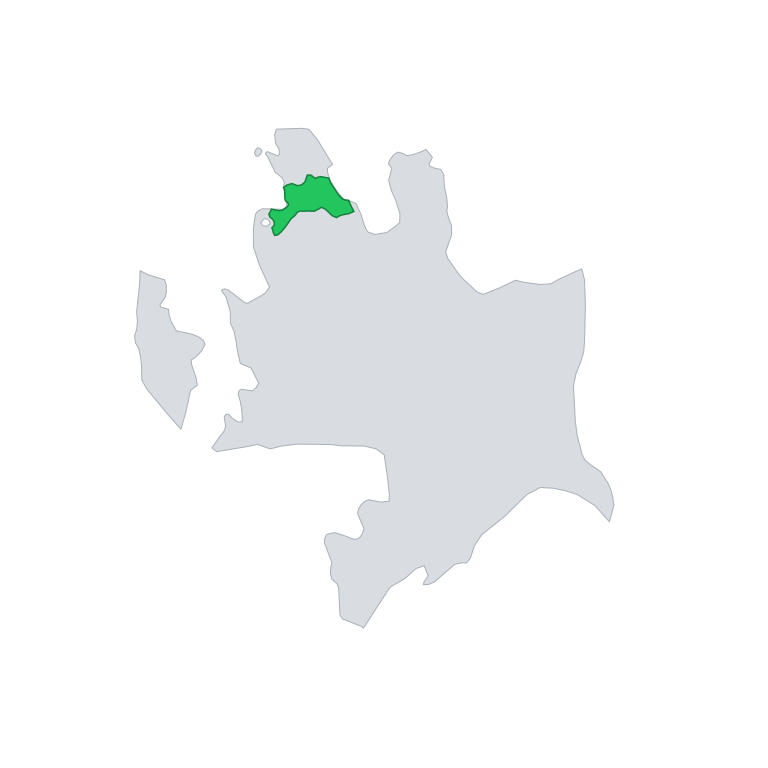 where Tovuz sits in Azerbaijan, rotated 37°
{"feature_id": "AZE-1687", "entity_name": "Tovuz", "entity_type": "District", "adm_level": 1, "iso_a3": "AZE", "parent_name": "Azerbaijan", "parent_adm1": "", "projection": "orthographic", "projection_center": [45.732, 40.914], "detail": "fine", "context": "in_parent", "style": "filled", "palette": "green", "viewbox_px": 768, "rotation_deg": 37, "n_neighbors": 0, "source": "natural_earth", "source_scale": "10m", "svg_char_len": 4243}
<svg xmlns="http://www.w3.org/2000/svg" viewBox="0 0 768 768"><g transform="rotate(37 384 384)"><path d="M514.5,591.3L511.8,591.2L492.2,596.6L488.1,595.2L470.6,574.3L467.0,572.0L459.7,571.2L455.4,567.8L451.7,562.1L449.7,557.9L432.0,546.7L429.3,542.5L428.8,538.8L431.3,535.3L434.2,532.4L442.6,529.3L452.4,526.5L455.5,524.6L457.0,521.4L456.8,516.5L455.0,511.6L440.6,503.1L439.0,499.3L438.4,494.6L439.1,489.7L441.2,485.8L452.5,480.2L458.6,474.6L454.5,468.7L441.8,455.2L426.7,440.4L416.9,440.5L405.7,445.3L387.8,458.6L377.9,464.4L365.0,473.8L350.9,484.2L339.4,495.3L332.2,504.3L319.3,508.4L312.7,516.0L291.1,538.7L285.0,538.5L284.5,527.3L284.7,518.5L283.3,513.4L276.2,506.5L276.1,503.5L278.0,501.6L283.4,502.7L290.3,502.2L293.6,499.4L286.1,490.3L279.5,484.2L273.8,480.1L272.6,477.6L272.5,475.8L273.7,473.7L283.2,468.6L284.1,463.9L283.4,458.7L268.2,451.2L256.9,454.1L246.7,445.5L240.2,438.9L232.0,431.8L224.7,427.9L217.8,418.9L205.7,409.7L198.0,407.1L198.1,405.7L199.5,404.0L202.7,402.6L224.2,402.9L226.8,401.2L228.2,397.3L231.1,391.4L234.5,382.8L234.2,375.5L212.7,363.8L197.1,353.0L186.4,338.8L179.1,325.7L179.4,321.4L181.5,317.2L198.1,305.3L199.2,302.2L198.9,300.1L193.0,293.9L185.6,287.6L183.3,283.0L178.6,280.6L169.8,280.4L154.3,272.5L151.0,271.7L150.3,270.2L151.0,268.6L162.1,265.6L162.0,263.0L158.7,259.5L152.4,257.0L146.7,250.8L144.8,245.2L164.8,229.0L170.7,225.8L183.8,228.9L210.8,239.7L209.0,245.7L211.7,249.1L218.0,253.6L229.9,258.3L240.1,260.6L245.2,258.6L253.0,256.8L263.1,262.1L272.5,268.8L277.2,271.5L279.7,272.3L286.8,270.0L295.2,261.2L298.4,250.6L299.3,245.5L294.3,238.5L284.0,231.0L272.6,224.5L265.2,218.6L260.4,207.0L255.7,205.8L254.5,204.3L253.7,200.3L253.9,194.8L255.5,190.5L260.1,188.6L264.7,187.9L268.9,183.8L274.1,175.8L276.3,171.4L286.2,173.8L287.6,181.0L289.3,182.4L293.4,181.6L300.2,178.5L305.6,180.7L312.7,189.2L322.5,198.0L327.9,204.0L330.0,208.1L335.0,212.1L342.3,216.7L348.2,224.1L353.7,241.3L359.0,245.2L377.8,251.4L384.5,252.6L402.9,254.5L409.4,252.7L418.5,237.5L426.6,222.0L434.5,218.6L448.6,210.7L457.0,203.5L460.3,195.8L468.0,181.3L472.7,173.1L481.3,180.0L496.6,198.8L518.6,229.4L524.1,238.1L527.9,248.3L531.3,260.7L536.5,271.6L559.1,298.5L568.8,308.4L584.5,321.0L590.0,323.7L597.1,324.2L610.0,323.7L622.2,328.3L628.3,331.6L634.7,336.6L640.5,342.4L646.9,358.4L625.8,354.1L604.8,356.0L593.1,360.1L581.8,365.4L571.1,372.6L564.7,386.0L560.1,416.7L552.7,445.5L553.5,458.7L557.8,471.2L557.6,477.2L553.8,479.9L549.0,485.5L543.4,511.8L540.3,517.2L536.2,520.6L534.9,517.5L534.9,510.7L525.4,505.0L520.7,512.0L517.8,526.5L511.5,541.8L511.2,544.7L514.5,591.3ZM195.6,328.5L196.5,324.4L193.9,322.6L191.1,322.5L188.7,324.5L188.7,329.6L192.0,330.5L195.6,328.5ZM125.7,446.9L122.5,442.6L121.1,440.3L130.5,438.5L146.1,432.9L150.3,435.7L154.8,441.5L157.1,446.4L157.4,455.5L159.3,457.0L166.9,454.0L170.2,457.7L176.1,462.1L186.2,466.5L200.8,459.7L208.1,457.9L214.1,458.1L217.3,460.2L218.5,467.3L217.3,476.0L215.6,480.8L218.7,484.3L230.7,492.6L235.7,497.3L233.3,505.4L242.4,525.1L245.4,532.8L249.0,542.3L230.5,538.6L197.3,530.7L188.2,526.5L179.6,515.5L174.5,510.1L166.9,503.3L160.7,500.7L156.0,495.9L153.4,488.8L149.5,482.5L142.8,474.9L127.6,449.5L125.7,446.9ZM146.6,277.6L144.6,279.0L141.5,277.6L140.6,274.5L140.9,271.2L143.9,270.4L146.4,271.4L147.1,274.4L146.6,277.6Z" fill="#d9dde1" stroke="#a8b0b8" stroke-width="1"/><path d="M188.7,312.2L195.9,308.7L198.4,305.9L200.1,300.9L200.0,298.2L198.4,297.3L196.2,297.1L194.3,296.5L192.8,295.0L188.8,289.9L186.4,287.8L185.5,287.6L186.5,283.9L188.3,281.4L189.9,279.3L192.7,278.5L195.5,277.7L198.3,274.7L199.3,270.4L198.2,266.9L197.0,263.3L199.9,261.1L205.2,261.2L207.0,258.2L209.4,256.0L213.1,254.3L215.9,252.7L220.6,255.6L234.3,260.5L238.8,261.1L241.0,260.9L242.8,260.2L245.3,258.6L245.8,258.9L250.9,261.8L256.1,264.3L253.3,269.3L249.5,273.3L248.5,274.7L247.5,276.1L246.6,278.0L246.0,279.7L241.4,280.8L236.7,280.2L232.1,279.7L227.7,280.5L226.3,284.0L224.5,287.7L221.5,290.0L218.4,292.1L215.8,294.4L213.0,296.2L211.4,299.2L211.5,303.0L210.3,308.4L210.6,313.8L210.7,319.2L210.2,324.9L209.5,328.7L207.3,331.1L204.9,330.0L202.7,328.2L200.5,326.7L200.8,323.4L198.9,320.7L196.0,319.5L192.5,319.4L189.8,317.6L189.3,313.6L188.7,312.2Z" fill="#22c55e" stroke="#15803d" stroke-width="1.5"/></g></svg>